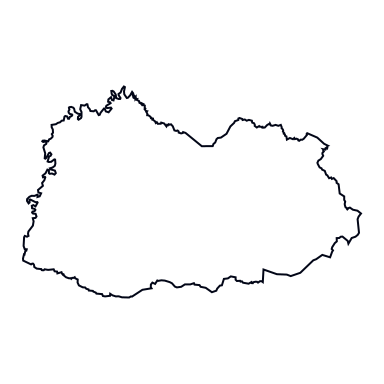 the district of Waeng Yai, Khon Kaen, Thailand
{"feature_id": "78962969B82836358248418", "entity_name": "Waeng Yai", "entity_type": "district", "adm_level": 2, "iso_a3": "THA", "parent_name": "Thailand", "parent_adm1": "Khon Kaen", "projection": "robinson", "projection_center": [102.448, 15.935], "detail": "fine", "context": "isolated", "style": "outline", "palette": "ink", "viewbox_px": 384, "rotation_deg": 0, "n_neighbors": 0, "source": "geoboundaries", "source_scale": "gbopen_adm2", "svg_char_len": 5882}
<svg xmlns="http://www.w3.org/2000/svg" viewBox="0 0 384 384"><path d="M132.1,91.9L130.1,95.4L127.8,97.8L126.8,98.0L124.3,94.3L124.0,91.4L124.9,87.1L123.9,86.5L122.0,88.9L120.6,92.5L118.5,94.0L118.6,95.1L120.5,98.0L120.2,98.9L118.8,99.0L116.2,98.1L115.7,94.5L113.7,91.5L112.5,90.8L111.3,91.0L111.7,93.8L112.4,95.0L114.0,95.9L114.3,97.4L113.5,100.4L112.0,100.0L111.0,97.2L108.4,99.4L108.1,101.7L110.3,102.4L110.6,103.2L106.4,105.7L105.9,107.0L107.0,108.1L110.9,107.6L111.6,108.6L108.6,112.3L105.8,111.4L104.7,108.7L104.0,108.5L100.6,112.7L99.7,114.8L98.7,115.1L96.0,110.3L95.2,110.2L93.7,111.3L90.4,111.0L89.7,109.1L88.0,107.2L87.4,104.3L86.6,104.2L84.6,105.6L81.1,105.1L80.2,109.2L81.5,112.0L81.5,116.9L81.0,118.1L78.6,119.7L77.9,119.1L78.0,116.9L80.2,114.8L80.2,114.1L77.7,113.6L74.8,111.7L74.1,108.7L73.3,107.7L71.2,106.9L69.3,107.2L68.9,107.8L69.4,109.5L68.5,111.3L68.7,112.7L69.9,114.0L71.9,114.4L72.3,115.0L71.7,116.0L69.9,116.9L69.0,118.8L68.0,118.7L67.2,116.5L65.3,116.0L64.5,116.6L63.7,120.5L61.7,120.7L60.0,122.3L57.8,122.9L55.9,124.2L51.6,124.9L51.7,127.3L52.8,129.5L53.0,132.7L51.8,134.1L52.7,135.9L52.4,137.1L50.6,138.8L49.2,139.3L48.2,141.3L44.3,140.5L42.7,140.7L42.3,141.3L43.2,142.0L45.5,141.5L46.5,142.7L46.2,143.9L44.0,145.4L43.4,147.4L45.2,153.3L44.7,158.3L45.3,158.7L46.0,158.2L49.0,153.0L50.1,152.6L51.4,154.3L50.6,155.8L49.1,156.5L47.6,161.5L48.8,162.0L51.2,161.8L54.3,159.4L55.1,159.6L55.4,163.5L54.8,165.8L52.6,167.5L50.0,168.3L50.7,169.4L54.9,170.6L55.8,173.1L54.5,174.6L52.0,173.5L49.7,173.8L48.9,173.1L48.9,170.1L47.4,169.6L45.5,173.3L42.6,175.6L43.0,177.3L45.0,176.9L45.3,177.3L44.3,180.3L42.1,183.0L42.9,185.8L38.0,190.0L38.4,192.5L41.1,193.3L39.7,196.3L37.5,197.0L37.7,195.0L37.2,194.7L34.5,195.9L31.6,195.8L29.4,196.8L27.1,199.1L27.0,200.9L28.6,203.4L29.6,202.5L29.5,199.8L30.2,199.5L35.6,202.2L37.3,202.1L37.6,202.6L35.5,206.4L33.3,205.1L31.8,205.8L32.1,208.3L34.6,208.9L35.4,209.9L34.6,211.1L32.5,211.6L32.1,212.6L33.1,213.6L35.6,213.8L36.5,216.5L35.5,217.9L32.8,218.2L33.6,221.3L32.9,225.6L28.4,231.5L28.0,233.8L28.5,235.9L27.0,236.7L24.8,235.9L24.1,237.2L23.6,246.0L24.7,249.1L26.7,249.3L26.3,250.7L25.4,250.7L24.5,254.5L24.0,254.3L23.0,258.5L23.2,260.6L31.1,264.4L32.2,263.6L33.2,263.7L34.0,264.9L34.3,267.0L36.7,268.6L41.3,269.1L41.7,270.1L43.0,270.3L43.8,270.2L44.6,269.3L48.1,269.9L53.7,269.3L54.6,271.3L57.1,271.6L57.4,273.4L61.5,272.2L62.1,273.8L62.9,274.0L63.0,274.7L63.7,274.6L64.0,275.6L66.1,277.3L69.0,278.3L70.9,278.2L71.3,278.8L72.2,277.9L73.6,277.9L74.7,277.2L75.2,278.3L77.7,279.5L77.6,282.6L78.9,285.4L82.7,287.3L85.2,287.5L86.3,288.8L88.5,289.4L88.8,290.5L92.9,290.9L93.3,291.6L95.8,292.6L96.4,293.6L102.1,294.1L102.9,296.0L105.1,296.4L110.0,295.8L110.2,293.8L112.4,295.3L115.8,296.4L118.7,296.3L121.9,297.3L129.1,297.5L131.0,296.4L132.0,296.6L142.4,289.8L151.5,288.3L150.8,287.2L150.9,284.5L152.4,282.6L155.1,283.9L157.3,280.5L158.1,280.9L161.4,280.3L164.8,280.6L169.7,282.1L172.0,283.3L174.9,286.6L176.9,287.4L181.2,286.8L184.9,284.4L190.3,284.4L193.9,283.2L194.5,284.6L199.5,285.1L200.6,286.8L205.7,287.8L211.9,292.2L216.3,290.7L217.2,288.6L219.9,285.6L221.9,285.3L223.9,278.9L227.9,278.4L230.8,276.4L235.6,277.3L235.6,279.7L236.9,281.0L240.1,280.8L240.5,281.6L241.9,281.3L243.0,282.7L248.6,283.7L251.4,282.1L251.7,283.1L252.8,283.2L253.4,282.2L255.6,281.7L257.0,281.8L258.0,282.6L260.0,281.2L261.6,281.2L262.8,282.1L263.5,269.5L276.9,274.2L286.8,274.6L290.7,276.1L300.3,272.8L313.3,260.3L316.2,259.2L322.3,254.9L330.1,257.3L332.1,251.8L333.0,250.4L331.7,249.0L332.2,247.2L334.8,243.1L336.8,241.4L336.7,238.1L339.2,238.0L340.8,236.7L342.5,236.6L347.7,240.9L348.4,243.7L351.7,238.0L355.5,236.7L357.8,234.8L359.0,232.8L357.6,219.2L358.6,216.6L361.0,213.5L357.5,210.7L352.9,209.7L349.9,207.6L348.7,208.0L347.3,209.4L346.9,208.9L346.8,208.0L345.6,207.4L345.0,205.7L344.7,204.0L345.2,201.6L344.2,199.9L344.2,196.4L339.7,193.5L338.6,184.3L336.6,182.8L336.6,181.2L333.7,178.1L331.9,178.9L331.2,177.5L329.1,178.2L327.3,175.3L326.1,174.6L324.8,170.9L322.1,169.6L321.5,168.3L319.6,167.4L317.8,164.0L317.4,162.8L318.4,160.6L320.8,159.1L323.2,155.8L322.4,154.0L322.4,153.0L323.8,151.5L323.2,150.8L323.6,149.9L323.0,149.2L325.3,149.6L325.4,148.3L326.0,147.9L327.0,148.6L327.4,147.7L327.2,146.0L327.9,145.7L324.1,143.8L317.3,137.6L307.2,133.2L306.6,134.0L306.9,135.0L303.6,138.9L302.1,139.8L300.9,139.6L299.2,140.8L298.3,140.4L298.2,139.5L296.6,138.7L294.9,139.1L294.3,138.0L293.0,139.2L289.9,138.0L286.9,139.6L286.4,136.4L285.1,135.8L284.9,134.5L283.8,133.7L284.2,133.1L282.9,131.5L283.2,130.5L282.8,129.4L281.6,128.2L281.7,127.2L280.8,124.9L278.3,125.8L275.6,124.9L272.6,125.8L270.9,125.5L269.9,123.5L269.6,124.3L269.1,123.9L267.2,125.0L264.8,127.5L263.0,127.7L262.6,126.9L261.9,127.4L260.9,126.7L259.5,126.7L259.1,126.1L256.8,127.5L254.7,125.9L254.8,124.8L254.1,123.3L252.2,122.6L251.9,120.7L248.9,119.9L246.7,120.7L244.8,119.5L242.6,120.0L242.3,119.0L239.5,118.0L238.4,118.5L238.3,120.0L234.9,121.2L234.1,122.9L230.4,126.4L226.5,133.8L220.9,137.6L217.8,138.0L216.5,139.2L215.2,142.5L213.5,143.9L212.7,146.1L201.8,146.2L185.5,132.9L183.1,132.1L182.8,133.0L181.1,133.4L178.7,132.6L178.6,131.4L177.6,130.5L176.2,130.9L174.4,130.4L172.8,126.3L171.0,124.3L169.7,124.7L168.8,124.2L168.2,125.0L167.5,124.8L167.5,125.4L166.1,125.2L166.7,125.7L166.4,126.4L164.2,123.5L161.2,122.6L160.8,123.7L157.8,123.8L156.8,122.2L155.8,123.0L155.0,121.3L153.0,119.8L153.0,119.1L152.3,119.5L151.7,118.0L150.9,118.1L150.5,116.8L148.4,115.3L147.2,115.2L147.3,113.6L146.3,111.9L147.0,111.2L145.9,110.9L144.6,109.1L145.3,108.4L144.7,107.7L144.8,105.6L143.3,105.1L143.6,104.2L142.0,103.4L142.4,104.6L142.1,105.0L140.6,103.2L139.5,102.9L138.9,100.9L136.6,99.8L137.0,99.1L136.3,99.2L136.1,98.6L135.5,99.2L135.6,97.0L134.5,98.3L133.5,97.7L133.2,96.9L134.2,95.6L133.3,94.6L132.7,94.9L132.5,93.7L133.1,93.2L132.1,91.9Z" fill="none" stroke="#020617" stroke-width="2"/></svg>